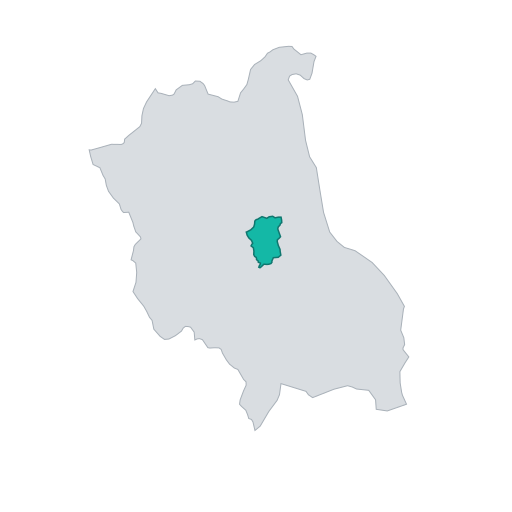 Bulgaria, with Gabrovo highlighted, rotated 69°
{"feature_id": "BGR-2246", "entity_name": "Gabrovo", "entity_type": "Province", "adm_level": 1, "iso_a3": "BGR", "parent_name": "Bulgaria", "parent_adm1": "", "projection": "orthographic", "projection_center": [25.265, 42.966], "detail": "fine", "context": "in_parent", "style": "filled", "palette": "teal", "viewbox_px": 512, "rotation_deg": 69, "n_neighbors": 0, "source": "natural_earth", "source_scale": "10m", "svg_char_len": 3075}
<svg xmlns="http://www.w3.org/2000/svg" viewBox="0 0 512 512"><g transform="rotate(69 256 256)"><path d="M418.5,319.5L409.9,318.3L407.0,318.8L405.1,321.0L401.2,320.7L396.3,320.8L391.3,323.4L388.5,324.5L384.7,322.4L377.5,316.0L373.1,311.5L369.9,310.4L366.8,311.8L355.4,313.6L352.8,316.4L347.6,319.4L342.3,320.9L334.7,322.1L330.7,322.0L328.5,323.5L326.7,327.8L325.4,332.1L324.3,333.8L314.9,336.0L312.8,338.5L312.3,340.8L312.5,343.2L304.9,341.0L299.0,342.6L297.7,344.4L296.4,347.1L297.2,349.8L299.4,352.5L301.5,359.8L302.3,367.1L301.1,371.3L296.7,374.3L287.7,377.6L278.9,376.1L275.0,377.4L268.5,377.9L262.6,378.8L253.4,381.8L245.1,383.6L237.6,377.5L228.7,373.3L219.5,370.8L216.2,372.6L214.8,374.0L207.1,368.5L203.6,366.6L201.9,364.5L198.8,357.3L196.8,357.0L190.4,359.6L184.3,359.4L180.5,358.9L169.5,359.1L168.0,364.0L166.6,364.7L164.2,365.3L158.4,364.9L150.8,368.4L142.7,370.5L136.4,370.4L130.0,369.2L126.1,369.9L117.7,370.1L112.2,375.3L104.0,374.7L97.1,373.7L98.0,372.0L99.9,351.0L103.6,341.7L103.5,339.8L102.8,338.3L99.8,336.7L97.8,331.5L93.6,318.1L91.1,315.3L84.1,312.2L78.0,308.2L72.9,302.9L63.7,290.0L68.6,289.0L70.1,286.4L75.2,279.7L75.9,276.3L75.4,274.4L72.3,271.0L70.3,263.6L72.2,256.9L72.5,253.4L70.9,249.9L72.8,245.7L76.3,243.5L78.5,242.9L87.7,242.7L93.7,234.3L97.3,231.6L101.1,226.9L102.8,225.1L104.5,221.4L105.1,217.5L98.1,211.9L95.7,207.7L92.7,203.1L88.4,199.9L79.9,194.2L76.7,188.7L75.4,181.6L73.3,176.2L70.8,172.6L70.5,169.8L69.5,166.3L69.5,159.5L71.9,150.5L73.3,147.3L76.3,146.5L84.2,141.9L84.8,135.8L86.3,132.0L88.8,129.9L91.1,128.4L95.3,132.2L105.4,138.2L110.3,142.5L110.0,145.1L107.6,147.6L103.0,149.9L100.3,153.2L99.5,157.3L100.1,160.2L103.1,162.8L121.8,160.0L140.6,162.1L165.8,168.3L182.6,170.4L195.1,168.0L218.1,172.9L239.5,177.3L260.1,178.6L271.6,175.1L279.7,170.4L286.6,161.6L303.7,149.9L320.2,143.2L341.8,137.6L356.2,135.5L358.3,137.3L377.1,147.5L385.3,147.3L392.0,149.0L394.5,151.7L396.2,152.3L405.0,149.5L409.1,155.1L415.5,163.1L426.1,166.9L435.5,168.9L438.5,169.2L448.3,168.6L447.7,189.0L442.2,198.7L433.1,195.9L421.8,198.9L416.2,209.8L412.8,213.1L409.9,217.0L408.3,231.0L408.5,253.9L404.3,256.8L400.3,257.8L384.1,278.4L393.9,283.8L398.3,288.0L405.7,299.7L416.3,313.0L418.5,319.5Z" fill="#d9dde1" stroke="#a8b0b8" stroke-width="1"/><path d="M230.2,256.5L230.2,255.7L229.7,251.5L228.1,247.7L225.7,245.9L223.0,244.6L222.4,243.7L222.1,242.6L222.3,241.3L222.0,240.1L221.4,236.3L224.7,232.4L224.1,229.7L224.9,226.2L227.2,224.5L227.7,221.4L228.7,218.7L231.6,219.2L234.1,220.0L234.5,221.6L235.8,222.6L236.8,224.8L238.5,226.0L246.8,226.2L247.7,228.0L248.5,230.2L250.1,231.0L254.1,231.4L258.4,231.2L260.4,231.8L264.1,232.5L265.2,235.7L263.8,240.4L266.4,243.0L267.6,243.4L268.4,244.7L268.3,246.9L267.8,248.8L266.5,251.5L267.9,254.9L268.4,256.5L267.5,257.4L266.3,256.4L265.2,254.9L264.2,254.4L262.7,256.1L261.6,255.7L260.6,256.3L259.5,256.8L258.5,256.4L257.4,256.3L255.9,257.4L253.9,257.6L250.7,256.2L247.3,255.5L244.8,257.0L243.8,255.9L242.9,254.5L239.8,254.6L236.6,256.2L233.4,256.8L230.2,256.5Z" fill="#14b8a6" stroke="#0f766e" stroke-width="1.5"/></g></svg>